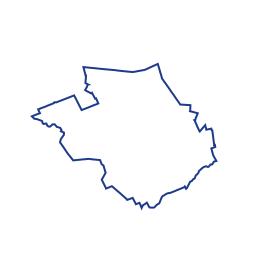 Peciu Nou, Timis, Romania, rotated 20°
{"feature_id": "2599482B53366804406039", "entity_name": "Peciu Nou", "entity_type": "district", "adm_level": 2, "iso_a3": "ROU", "parent_name": "Romania", "parent_adm1": "Timis", "projection": "equal_earth", "projection_center": [21.009, 45.622], "detail": "fine", "context": "isolated", "style": "outline", "palette": "blue", "viewbox_px": 256, "rotation_deg": 20, "n_neighbors": 0, "source": "geoboundaries", "source_scale": "gbopen_adm2", "svg_char_len": 4956}
<svg xmlns="http://www.w3.org/2000/svg" viewBox="0 0 256 256"><g transform="rotate(20 128 128)"><path d="M203.4,165.3L203.6,164.9L203.9,164.1L204.0,163.1L204.3,161.1L204.6,159.1L204.6,158.2L204.7,157.6L204.9,157.1L205.5,156.6L205.9,156.2L206.2,155.7L206.4,155.2L206.5,154.4L206.7,153.9L207.2,153.4L207.6,153.0L207.9,152.6L207.9,151.9L207.9,150.8L207.9,150.0L208.0,149.4L208.2,148.8L208.6,148.2L208.9,147.7L209.2,147.0L209.4,146.4L209.5,145.8L209.4,145.2L209.4,144.6L209.5,144.0L209.6,143.6L210.0,143.1L210.5,142.2L211.0,141.2L211.5,140.2L212.1,139.4L212.6,138.7L213.5,138.0L214.0,137.6L214.4,137.4L214.7,137.2L215.0,137.2L215.5,137.2L216.0,137.3L216.3,137.3L216.7,137.1L217.0,136.8L217.2,136.5L217.5,135.6L217.7,134.8L217.9,134.3L218.2,134.0L218.4,133.9L218.9,133.8L219.2,133.7L219.4,133.5L219.8,132.8L219.9,132.0L220.0,131.1L220.2,130.5L220.4,130.1L221.2,129.5L222.3,128.8L220.9,127.5L220.2,126.9L218.0,125.1L217.8,124.8L217.1,124.1L215.9,122.4L214.4,120.2L213.3,118.7L216.5,116.0L215.4,114.1L214.7,114.5L214.6,114.1L212.5,110.1L208.1,101.5L207.4,101.5L206.5,100.1L204.1,101.6L202.2,102.8L201.3,101.4L199.8,99.4L199.6,99.0L198.4,101.9L196.6,106.8L196.4,106.7L192.5,102.8L190.3,100.5L187.9,98.0L187.7,97.9L188.5,97.3L188.4,96.9L188.3,96.4L188.3,95.4L188.5,90.3L183.4,90.7L182.7,90.8L180.5,91.0L180.5,90.5L180.2,89.4L180.0,88.9L179.5,87.1L178.9,85.5L178.8,85.2L174.8,86.4L174.0,86.6L169.7,87.9L169.4,88.0L169.1,88.1L166.2,86.0L165.6,85.6L162.7,83.6L159.0,80.9L158.2,80.4L155.1,78.3L154.8,78.0L151.4,75.6L150.5,75.0L148.8,73.8L148.1,73.3L145.9,71.9L145.0,71.2L144.2,70.6L143.8,70.4L143.1,69.9L142.2,68.7L140.9,66.7L139.5,65.0L137.5,62.2L134.1,57.6L130.3,61.3L127.1,64.5L123.8,67.7L122.6,68.4L121.1,69.3L118.6,70.7L116.7,71.9L115.3,72.7L113.6,73.6L112.7,74.0L111.0,74.4L110.2,74.6L108.6,75.1L107.4,75.3L103.3,76.4L99.2,77.4L98.9,77.5L97.8,77.7L95.9,78.1L94.0,78.6L89.9,79.7L83.8,81.3L75.5,83.4L71.6,84.4L69.2,85.0L65.3,86.0L68.3,90.4L70.2,93.2L70.6,93.1L71.6,96.4L71.9,97.9L72.7,100.4L73.4,100.4L75.6,100.7L75.4,100.8L75.2,100.8L75.3,101.6L75.3,102.5L75.4,102.9L75.3,103.7L75.1,104.8L74.9,106.1L74.8,106.7L74.7,107.0L76.1,107.4L78.2,107.6L80.6,107.9L80.6,108.0L81.4,108.1L81.5,108.1L82.1,107.2L82.5,107.6L84.1,109.0L87.1,111.7L87.8,111.1L89.2,112.5L91.7,115.1L90.9,115.9L87.6,118.7L84.0,122.0L78.3,127.0L73.3,122.4L71.4,120.6L69.2,118.5L67.4,116.9L66.2,115.8L65.1,116.8L59.2,122.0L55.9,124.9L55.1,125.6L51.9,128.4L51.7,128.5L51.4,128.6L51.2,128.6L50.9,128.6L49.8,129.3L49.7,129.4L49.7,129.7L49.8,129.9L49.8,130.0L49.7,130.1L49.0,130.8L45.5,133.9L44.7,134.5L44.3,135.0L43.7,135.6L39.9,138.8L37.6,140.9L37.2,141.2L38.0,142.1L40.2,144.2L38.2,145.9L35.4,148.3L34.7,149.0L33.7,149.9L34.8,150.4L36.1,151.0L36.6,151.3L36.8,151.2L37.7,151.1L39.0,150.9L39.4,150.8L40.0,150.8L40.6,150.8L41.2,150.7L41.7,150.8L42.3,150.8L43.0,150.8L44.2,150.8L44.6,150.8L44.9,150.9L45.1,151.0L45.5,151.7L45.9,152.5L46.9,153.1L47.2,153.1L48.6,152.3L49.2,151.9L49.8,151.7L49.9,151.8L50.0,152.0L50.4,152.4L51.0,153.0L51.3,153.3L51.8,153.5L52.5,153.7L53.6,153.7L54.0,153.4L54.3,153.2L54.9,152.3L55.3,151.5L55.9,150.4L57.8,149.6L59.4,150.5L60.7,151.3L61.2,151.2L63.8,151.1L64.3,151.1L66.2,152.6L66.1,154.0L69.4,154.2L69.6,155.0L70.1,156.4L69.3,159.1L68.8,161.2L68.7,161.4L68.8,162.8L69.0,164.7L70.8,165.9L71.9,166.7L73.9,168.1L76.3,169.9L78.0,171.1L78.8,171.7L79.7,172.3L80.4,172.8L80.9,173.1L82.4,174.0L84.2,175.1L87.6,177.2L90.8,175.6L94.5,173.8L97.0,172.6L98.3,172.1L99.5,171.4L100.2,171.1L100.8,170.8L101.3,170.6L101.8,170.4L104.1,169.9L104.9,169.7L105.5,169.5L105.8,169.5L107.6,169.0L110.0,168.4L112.6,167.7L112.8,167.7L113.4,168.5L115.6,171.0L117.9,171.7L118.5,172.7L119.9,174.5L121.7,177.0L122.3,177.8L122.1,178.9L121.4,183.2L121.2,184.5L121.0,185.5L122.0,186.5L123.6,188.0L127.9,192.1L128.1,192.4L128.8,191.8L130.0,190.7L130.4,190.4L131.6,189.2L132.8,188.2L138.1,190.2L139.6,190.8L143.4,192.2L146.3,193.4L146.9,193.6L151.4,195.4L151.6,195.6L151.8,195.8L152.7,195.1L156.3,192.1L160.8,196.2L161.5,196.9L164.4,194.4L168.1,198.4L168.1,198.0L168.1,197.8L168.3,197.3L168.3,197.1L168.4,196.7L168.4,196.4L168.4,196.2L168.3,195.9L168.4,195.5L168.5,195.4L168.9,194.9L169.3,194.4L169.6,194.1L170.5,192.8L171.3,191.7L175.0,195.1L175.4,195.3L176.2,195.1L178.3,194.4L178.6,194.3L179.0,194.2L179.5,193.9L179.7,193.7L180.1,193.2L180.3,192.7L180.9,191.2L181.0,190.8L181.1,190.7L181.3,190.4L181.8,189.7L183.0,188.3L183.1,188.1L183.2,187.6L183.2,185.9L183.3,184.5L183.3,183.2L183.3,182.9L183.4,182.2L183.4,181.4L183.4,181.2L183.5,181.0L183.6,180.7L183.7,180.4L183.9,180.1L184.1,179.8L184.4,179.6L185.3,178.4L185.6,178.0L185.8,177.8L186.0,177.5L186.3,177.2L186.6,176.8L187.0,176.4L187.9,175.6L188.0,175.6L188.3,175.3L188.8,175.1L189.3,174.9L189.9,174.5L190.7,173.8L191.6,173.0L192.0,172.7L193.4,171.4L194.2,170.7L195.2,169.7L195.9,169.1L196.6,168.5L197.1,168.1L197.6,167.6L198.9,166.4L200.1,165.3L201.1,164.3L201.3,164.0L201.4,163.6L203.4,165.3Z" fill="none" stroke="#1e3a8a" stroke-width="2"/></g></svg>